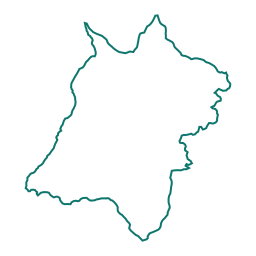 the district of Alvorada, Tocantins, Brazil
{"feature_id": "56859067B88530431125425", "entity_name": "Alvorada", "entity_type": "district", "adm_level": 2, "iso_a3": "BRA", "parent_name": "Brazil", "parent_adm1": "Tocantins", "projection": "orthographic", "projection_center": [-49.109, -12.409], "detail": "fine", "context": "isolated", "style": "outline", "palette": "teal", "viewbox_px": 256, "rotation_deg": 0, "n_neighbors": 0, "source": "geoboundaries", "source_scale": "gbopen_adm2", "svg_char_len": 4311}
<svg xmlns="http://www.w3.org/2000/svg" viewBox="0 0 256 256"><path d="M221.7,72.1L220.3,72.6L218.7,72.0L217.6,71.1L216.2,68.5L214.3,66.1L211.2,64.2L209.0,63.0L206.0,62.1L204.7,61.0L203.6,60.0L200.7,59.2L197.3,58.4L194.8,58.3L192.9,58.9L191.2,59.2L189.7,58.0L187.9,57.0L185.1,55.9L183.4,55.8L181.6,55.1L180.4,52.6L179.0,51.4L177.8,50.1L176.6,49.0L174.8,47.3L174.0,45.4L173.4,43.5L172.4,42.2L169.8,40.7L167.3,39.5L165.8,38.2L165.9,35.1L165.6,33.8L165.9,31.1L165.7,27.8L165.0,26.3L162.7,25.0L161.4,24.1L160.4,23.2L159.3,20.8L157.6,15.4L155.3,15.7L152.9,20.8L152.0,22.1L150.7,23.8L149.2,25.2L147.1,26.5L145.7,29.4L145.1,30.7L144.3,32.5L142.1,33.0L140.4,33.5L139.6,34.8L138.7,38.2L138.1,42.0L137.7,43.7L137.5,45.2L136.9,47.4L134.7,49.8L133.4,52.0L131.1,51.7L129.6,51.6L127.1,52.6L125.2,53.2L122.8,52.7L119.5,52.1L118.0,51.4L115.3,49.6L114.1,48.8L111.3,46.2L109.0,44.3L107.7,42.7L107.1,41.0L106.4,39.5L103.5,37.1L101.9,35.8L100.5,35.3L96.6,33.8L94.8,32.9L93.3,32.2L92.2,31.1L90.3,29.4L89.2,28.2L88.2,26.5L86.8,23.6L84.9,23.0L85.3,24.8L85.6,26.9L86.4,28.8L86.6,30.7L87.5,31.9L88.3,34.9L90.2,36.0L90.9,37.4L92.0,38.3L92.7,40.2L91.9,42.6L92.1,44.2L93.8,46.4L94.7,48.4L95.2,50.2L95.7,52.1L95.7,54.2L94.8,56.3L92.8,56.2L91.2,56.7L90.2,57.7L88.9,59.1L87.5,60.8L86.2,61.8L84.1,65.8L82.9,67.4L79.3,69.1L78.5,70.8L76.3,74.8L75.2,76.3L73.5,79.5L71.9,82.4L71.3,83.9L71.1,87.5L71.8,89.3L72.7,90.5L72.4,92.4L73.5,93.4L74.0,94.8L75.0,97.1L75.3,100.3L75.6,101.9L75.2,105.2L74.4,106.8L73.6,108.6L72.5,110.4L71.8,112.7L71.4,114.5L70.4,115.7L67.4,118.1L65.3,118.5L63.8,120.9L63.1,123.2L62.4,125.2L61.4,126.2L60.3,128.9L61.2,130.7L59.4,131.8L58.1,133.2L57.9,135.2L56.6,136.4L56.3,137.8L57.3,139.7L56.6,141.4L55.2,143.9L54.5,145.8L53.7,148.3L52.7,149.5L51.2,151.5L49.4,154.2L47.3,155.8L46.9,157.5L45.3,159.3L44.0,161.2L43.2,162.9L41.3,164.9L38.5,166.5L37.7,168.3L36.3,169.2L35.7,170.6L34.4,172.2L32.8,173.0L31.4,173.3L30.1,174.3L29.0,175.9L27.4,177.6L27.4,180.2L26.3,182.4L26.4,185.9L25.7,188.2L27.7,189.8L28.5,191.2L30.0,191.2L31.2,189.8L33.4,189.7L35.1,190.1L36.0,191.3L37.2,192.2L36.7,193.9L37.9,195.4L40.8,192.8L43.6,192.1L47.0,192.2L49.0,192.8L50.3,194.9L52.4,196.6L53.9,197.4L56.0,196.7L57.5,196.7L59.6,197.8L60.2,200.4L61.4,202.0L62.4,203.3L64.3,204.1L65.9,204.1L67.4,204.0L70.5,204.2L71.5,202.4L73.4,201.2L75.7,200.7L77.6,201.2L79.2,200.9L80.8,199.0L82.7,198.1L84.7,197.9L86.7,197.9L88.6,199.5L89.9,200.4L91.9,200.6L95.0,200.2L96.6,199.4L99.2,199.0L101.1,198.4L102.6,198.4L104.6,198.3L106.1,198.5L107.3,198.1L109.2,198.6L110.7,200.1L112.3,200.5L114.3,202.2L116.0,204.2L117.1,205.8L117.7,207.2L117.7,209.9L117.9,211.3L119.0,212.7L120.6,214.2L122.1,214.9L123.5,216.6L125.4,218.5L127.3,221.3L129.0,222.9L130.0,224.5L129.6,226.5L129.2,228.3L130.2,229.9L131.1,230.9L133.3,232.8L135.8,235.0L138.0,235.9L142.5,240.6L146.7,239.3L147.8,238.0L147.7,236.3L149.5,233.5L150.8,232.8L152.2,232.4L155.9,230.8L158.3,229.7L159.6,228.4L160.6,226.5L161.1,223.1L162.5,220.3L164.6,218.3L166.0,216.6L167.5,214.8L167.8,212.2L168.6,210.2L169.7,207.9L169.6,205.9L168.6,202.5L168.6,198.3L169.3,195.4L170.3,193.8L170.6,191.2L170.9,189.6L171.1,187.2L171.6,184.8L171.8,182.7L171.6,180.9L170.3,177.9L170.7,176.0L171.8,170.8L174.1,170.4L177.3,170.2L179.7,170.3L181.5,170.2L183.9,169.2L186.2,169.3L189.0,168.0L187.2,166.8L185.6,165.7L186.5,164.1L188.3,164.9L190.0,164.4L191.9,163.3L190.8,161.2L189.2,160.0L187.7,159.1L187.2,157.1L186.6,155.8L186.9,154.2L187.6,152.2L185.1,150.3L185.0,148.4L185.8,146.5L185.3,144.9L184.1,143.7L182.9,142.9L181.4,143.1L180.0,142.7L179.5,141.0L180.9,138.3L181.7,135.7L183.8,134.9L185.3,135.1L186.9,134.8L189.2,134.3L191.2,133.7L192.8,134.8L195.1,134.3L196.6,132.5L198.0,131.8L198.6,130.1L199.4,126.9L201.2,126.9L202.8,129.5L204.6,129.0L206.2,128.1L207.1,126.0L209.1,123.0L210.8,123.1L212.3,123.5L213.7,123.4L215.4,122.6L216.5,121.7L217.1,120.3L217.1,118.4L217.9,114.7L217.1,113.7L217.1,112.1L216.7,110.5L215.3,109.0L212.5,108.3L211.4,107.2L212.9,106.4L214.3,105.9L215.4,104.0L216.1,102.7L217.2,101.6L220.6,100.7L220.9,98.7L220.0,97.0L217.7,95.7L216.1,93.5L214.7,92.8L216.2,91.4L217.4,90.1L218.8,88.9L220.1,89.5L223.0,90.8L226.4,90.4L227.5,89.0L229.0,88.3L230.0,86.6L230.3,83.9L229.5,82.7L227.8,80.8L227.3,79.2L226.9,77.5L227.5,75.6L226.6,74.3L226.1,72.6L224.3,73.3L221.7,72.1Z" fill="none" stroke="#0f766e" stroke-width="2"/></svg>